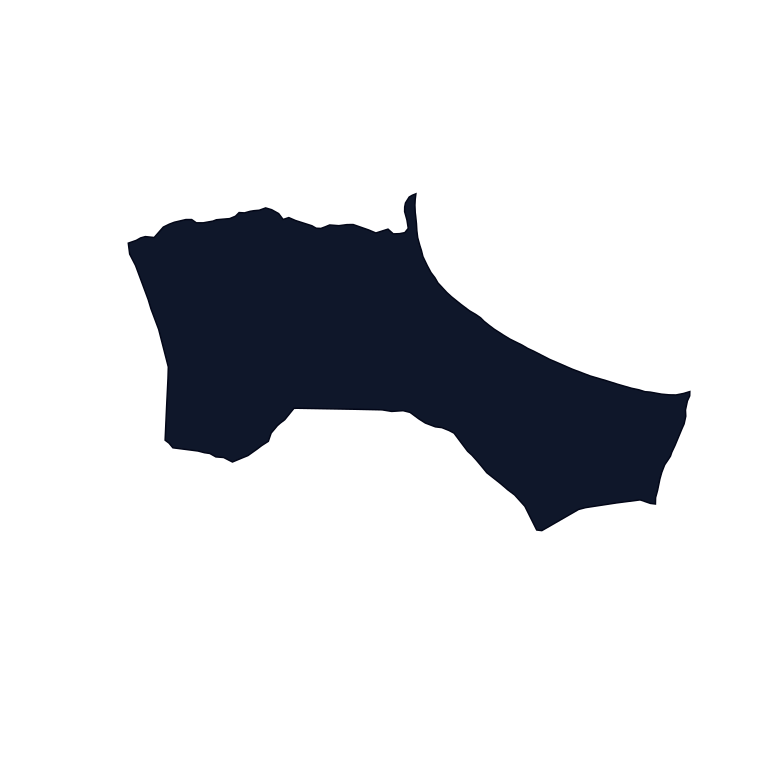 the district of Arambaré, Rio Grande do Sul, Brazil, rotated 307°
{"feature_id": "56859067B55263390770545", "entity_name": "Arambaré", "entity_type": "district", "adm_level": 2, "iso_a3": "BRA", "parent_name": "Brazil", "parent_adm1": "Rio Grande do Sul", "projection": "equal_earth", "projection_center": [-51.555, -30.929], "detail": "fine", "context": "isolated", "style": "filled", "palette": "ink", "viewbox_px": 768, "rotation_deg": 307, "n_neighbors": 0, "source": "geoboundaries", "source_scale": "gbopen_adm2", "svg_char_len": 2269}
<svg xmlns="http://www.w3.org/2000/svg" viewBox="0 0 768 768"><g transform="rotate(307 384 384)"><path d="M555.1,295.0L551.8,293.0L548.5,291.6L544.9,291.9L541.5,292.2L537.8,294.0L534.1,296.7L528.8,303.6L522.9,309.7L517.4,309.5L513.5,306.0L509.5,301.1L510.1,294.0L505.6,290.8L499.7,286.6L497.8,279.0L492.8,263.4L489.0,258.5L483.3,252.7L478.3,244.9L474.2,242.5L470.3,240.0L467.6,236.1L467.0,231.2L461.3,214.9L459.6,207.8L454.7,204.4L456.7,197.3L455.6,189.4L453.4,183.5L447.7,179.8L444.2,175.9L441.4,173.2L436.7,169.6L433.7,165.1L428.6,164.4L423.2,161.2L417.3,154.6L414.3,151.3L411.2,149.4L403.8,142.5L399.8,137.1L399.6,131.5L396.1,126.8L387.0,119.2L382.4,116.3L376.5,113.3L362.7,112.3L358.1,104.7L354.2,101.7L349.6,99.7L342.6,95.0L334.7,102.7L329.1,114.3L309.5,144.9L303.7,152.8L292.0,171.2L267.8,201.5L258.2,208.3L240.4,220.4L235.4,223.8L207.4,243.0L207.4,247.9L206.0,253.8L214.0,267.8L218.6,275.9L221.1,282.0L223.7,286.7L224.6,293.6L228.8,300.2L230.5,309.9L240.4,315.7L244.9,318.4L255.6,321.8L261.3,323.4L268.6,326.1L276.9,323.4L282.0,323.7L286.5,323.9L290.4,324.7L295.7,326.2L310.4,326.7L313.0,330.1L345.7,375.1L362.2,398.0L366.7,406.6L374.2,415.3L377.0,421.9L377.1,432.9L377.7,440.5L380.7,450.8L384.0,456.5L386.0,463.9L386.9,469.5L383.2,482.2L380.6,491.3L380.1,497.0L378.8,503.6L377.2,510.6L375.0,519.5L374.8,528.6L374.6,537.2L374.0,546.6L374.0,555.1L371.1,570.1L359.3,593.8L361.9,598.3L400.9,614.9L406.6,619.4L428.9,641.2L445.6,658.3L449.0,668.7L451.5,673.0L456.7,669.3L463.7,666.5L474.2,661.5L480.6,659.0L488.4,656.8L494.5,656.5L498.8,656.2L502.7,654.9L510.0,653.4L527.9,648.8L532.7,647.7L539.9,644.4L544.7,640.4L553.1,636.5L558.5,635.3L562.0,632.8L556.7,628.9L551.0,623.8L547.0,618.3L542.9,611.7L537.7,601.4L534.9,597.0L532.8,591.1L529.6,584.3L524.5,571.0L520.6,560.0L514.5,543.8L512.3,536.2L509.2,525.6L503.3,501.2L500.3,483.8L498.9,477.3L498.2,471.0L496.7,463.1L495.6,457.2L494.9,449.8L494.1,439.0L494.1,431.7L494.3,426.0L495.0,421.3L494.8,416.2L493.9,408.0L493.9,397.1L494.1,391.4L494.3,385.1L494.9,379.0L496.0,372.9L497.2,366.2L499.5,360.8L501.3,354.4L504.6,347.3L509.2,338.4L513.1,333.6L516.3,329.1L521.2,322.8L526.3,317.9L531.6,313.4L536.9,308.5L539.8,305.7L545.4,301.1L550.1,297.9L555.1,295.0Z" fill="#0f172a" stroke="#020617" stroke-width="1.5"/></g></svg>